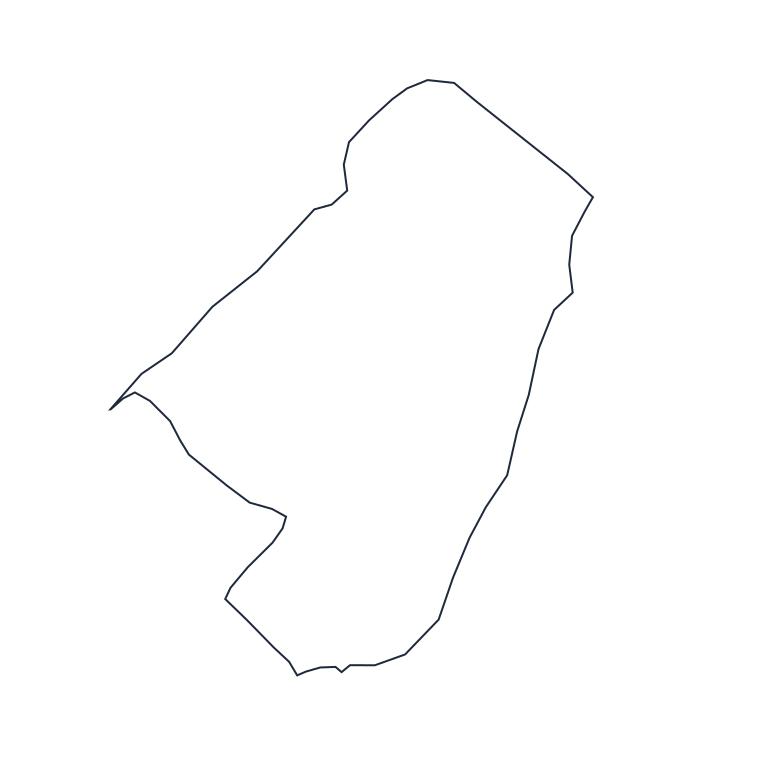 Orsa, Dalarna, Sweden (orthographic projection), rotated 220°
{"feature_id": "70781695B64555643883155", "entity_name": "Orsa", "entity_type": "district", "adm_level": 2, "iso_a3": "SWE", "parent_name": "Sweden", "parent_adm1": "Dalarna", "projection": "orthographic", "projection_center": [14.747, 61.336], "detail": "fine", "context": "isolated", "style": "outline", "palette": "slate", "viewbox_px": 768, "rotation_deg": 220, "n_neighbors": 0, "source": "geoboundaries", "source_scale": "gbopen_adm2", "svg_char_len": 910}
<svg xmlns="http://www.w3.org/2000/svg" viewBox="0 0 768 768"><g transform="rotate(220 384 384)"><path d="M231.3,136.0L229.3,146.7L210.2,162.7L194.0,190.4L190.7,238.7L206.6,279.9L219.6,321.1L226.8,355.0L231.0,393.3L251.5,433.2L266.1,468.7L288.1,510.1L301.3,550.1L298.2,575.3L318.3,594.0L318.9,594.6L335.2,618.4L341.1,645.1L343.9,660.6L344.0,661.4L378.2,663.0L494.1,659.8L523.8,659.7L524.9,659.0L546.0,644.8L556.3,625.4L560.7,607.6L564.9,576.5L566.3,546.8L555.8,526.2L536.5,508.5L539.4,487.8L549.6,473.0L553.6,388.9L565.1,332.9L566.3,271.2L576.3,235.9L577.3,188.7L577.1,188.9L574.6,205.2L569.4,217.4L552.5,220.6L524.0,218.1L503.9,209.8L488.1,204.5L439.1,205.2L410.6,206.8L389.5,216.3L373.7,219.4L368.9,208.3L367.4,190.9L370.6,156.2L370.6,129.3L367.4,117.2L337.5,115.1L299.1,111.3L278.1,110.2L263.2,105.0L258.9,113.6L250.6,125.9L239.3,136.1L231.3,136.0Z" fill="none" stroke="#1e293b" stroke-width="2"/></g></svg>